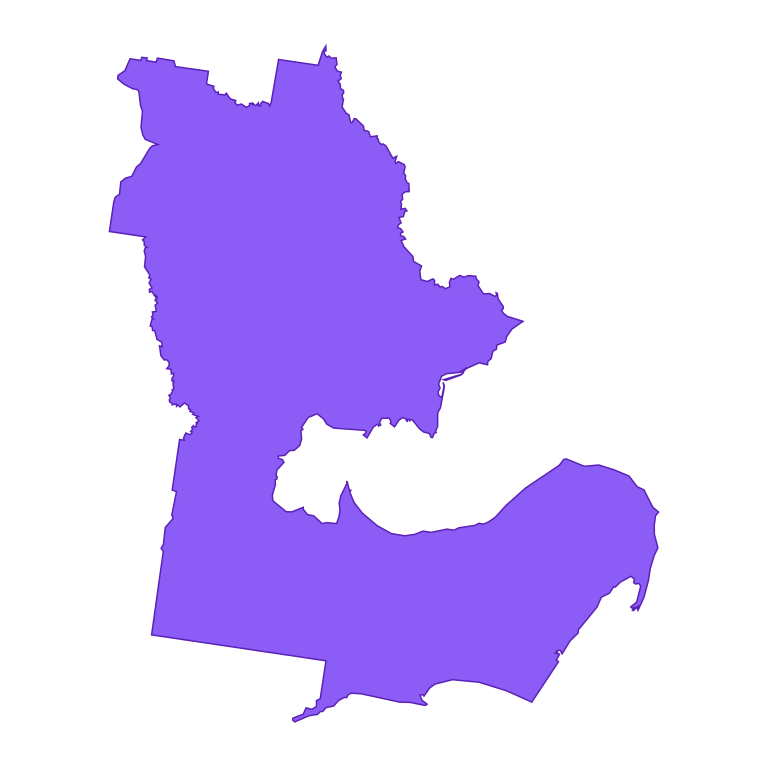 Greater Geelong, Victoria, Australia (orthographic projection)
{"feature_id": "25037944B24812283687541", "entity_name": "Greater Geelong", "entity_type": "district", "adm_level": 2, "iso_a3": "AUS", "parent_name": "Australia", "parent_adm1": "Victoria", "projection": "orthographic", "projection_center": [144.481, -38.052], "detail": "fine", "context": "isolated", "style": "filled", "palette": "violet", "viewbox_px": 768, "rotation_deg": 0, "n_neighbors": 0, "source": "geoboundaries", "source_scale": "gbopen_adm2", "svg_char_len": 6081}
<svg xmlns="http://www.w3.org/2000/svg" viewBox="0 0 768 768"><path d="M176.5,491.6L171.8,514.9L173.1,518.4L165.3,527.5L163.4,544.4L161.1,548.4L163.3,551.3L151.6,634.9L326.0,660.8L320.2,698.7L316.5,700.6L316.4,706.5L312.0,709.3L306.1,707.9L303.2,714.2L292.8,718.2L292.8,720.1L294.7,721.9L309.1,715.7L317.5,714.4L320.1,711.7L322.9,711.4L325.9,707.7L333.7,706.0L338.4,700.6L344.5,697.3L346.6,697.7L348.4,694.4L351.6,693.2L361.3,693.8L399.5,702.1L410.0,702.4L425.3,705.5L427.1,704.2L422.1,700.4L419.9,695.0L422.9,694.7L424.0,696.1L429.5,688.1L434.9,684.1L452.4,679.7L479.0,682.2L506.5,690.8L531.8,702.1L558.5,661.7L556.4,660.0L559.6,654.2L555.6,653.1L557.4,652.4L556.4,651.0L560.1,650.2L562.2,653.8L569.9,641.1L578.1,633.0L578.4,629.8L596.9,607.2L601.4,597.2L609.4,593.2L613.6,586.8L615.2,587.1L620.5,582.0L630.9,576.3L634.4,579.0L633.7,582.6L635.4,584.0L638.9,583.4L640.7,586.1L636.7,602.1L630.7,606.9L632.2,608.3L635.4,607.1L632.5,610.3L633.4,610.6L639.0,605.3L637.3,608.3L638.0,610.3L643.8,597.7L648.3,581.0L650.3,568.4L654.1,555.7L657.9,547.9L654.4,534.4L654.2,525.8L655.5,515.8L658.6,512.1L652.7,507.1L644.0,489.9L637.1,486.7L629.1,476.1L614.2,469.9L598.9,465.0L584.3,466.3L566.4,459.0L563.8,459.3L559.3,465.3L525.6,488.0L506.0,505.5L495.0,517.5L488.3,522.0L483.5,524.2L478.9,523.3L475.0,525.4L458.8,527.8L454.0,530.2L447.0,529.1L431.1,532.4L423.2,531.1L414.6,534.4L404.9,535.8L391.4,533.6L377.2,525.7L362.5,513.3L354.0,502.4L349.8,492.1L350.8,490.3L349.3,490.2L347.4,482.3L346.5,481.0L347.0,483.2L340.8,495.9L339.1,503.4L340.0,509.3L339.1,516.3L336.6,523.6L326.2,522.6L322.2,523.7L313.7,515.8L307.5,514.6L303.3,509.3L303.3,507.3L291.8,511.9L286.1,511.7L272.9,500.8L272.3,495.4L275.4,484.6L275.2,479.8L276.9,478.9L277.2,476.7L276.0,475.8L276.8,470.2L283.9,462.4L282.5,459.7L278.0,458.0L278.7,455.9L284.8,455.4L289.6,450.6L294.3,450.3L299.8,445.4L301.6,438.6L300.9,430.8L302.9,429.3L301.5,427.5L308.2,417.5L317.1,413.7L323.7,419.1L326.6,424.0L333.7,428.1L365.2,430.4L366.1,431.3L365.5,433.4L363.3,434.9L367.0,437.9L373.1,427.4L376.5,424.6L378.2,424.5L378.6,426.0L380.7,425.1L379.5,422.4L381.6,418.3L389.3,418.2L390.9,421.3L390.3,423.5L394.5,426.8L399.1,420.0L402.8,417.5L406.0,419.2L407.3,421.9L407.4,419.2L409.4,419.6L409.6,421.5L410.1,419.6L412.4,419.9L419.5,428.8L423.8,432.1L429.3,433.4L431.1,437.4L432.6,437.5L434.1,433.4L436.2,432.5L435.5,431.5L437.6,426.4L437.7,412.8L440.4,407.8L443.7,390.6L444.4,385.8L443.0,382.4L444.0,386.2L442.0,396.4L440.7,397.1L438.4,394.6L438.3,391.4L440.1,388.1L438.6,384.0L441.5,376.3L446.6,373.7L461.9,372.1L460.9,371.5L467.2,367.4L464.3,370.0L461.8,374.2L443.5,379.7L445.8,380.4L461.1,374.9L462.9,373.4L464.3,370.4L466.7,368.4L479.2,362.8L487.6,364.8L487.7,361.6L491.2,358.6L492.2,353.5L493.4,350.8L496.3,349.4L497.0,345.0L505.2,342.0L506.8,336.4L511.9,329.1L523.0,321.3L507.4,316.4L503.3,313.2L501.6,310.3L503.3,308.6L503.3,306.7L498.0,298.6L497.4,293.4L496.1,292.8L496.7,295.4L494.9,296.4L489.8,293.6L483.4,293.8L478.1,285.7L479.0,281.7L476.2,278.8L475.9,276.3L468.3,275.6L464.0,277.2L459.8,275.4L453.5,279.2L451.0,278.4L449.5,282.1L449.8,287.0L445.3,288.6L442.3,286.5L439.9,286.9L437.7,284.2L434.6,285.0L434.5,280.2L432.9,278.9L427.2,281.5L420.8,279.6L419.8,270.9L421.6,266.0L413.6,261.5L412.9,256.5L404.0,246.8L401.1,240.5L405.6,239.0L403.7,236.5L400.5,235.8L400.7,233.2L403.0,232.0L400.7,228.7L397.8,227.6L398.2,225.1L401.1,222.8L398.9,217.4L403.3,216.6L405.0,211.2L406.9,210.9L405.2,208.4L400.9,209.2L401.5,203.8L400.4,201.6L402.6,199.4L402.2,194.0L405.5,191.7L409.2,191.6L408.9,183.5L407.0,182.6L405.3,178.7L405.6,175.5L403.7,173.1L405.1,166.8L404.3,164.6L398.4,161.6L396.0,163.4L395.1,161.6L396.6,156.3L392.8,158.2L386.0,146.0L383.3,144.0L381.1,144.4L378.7,141.8L378.3,139.1L376.9,138.2L377.3,135.9L370.3,136.7L368.7,131.5L364.1,130.3L363.5,126.1L355.9,118.8L354.4,118.6L351.9,122.9L350.7,122.3L348.9,114.8L346.1,113.2L342.1,106.9L343.5,99.1L342.5,98.4L342.3,94.5L343.7,93.2L343.5,90.5L340.4,88.4L340.3,84.4L338.1,81.1L341.3,78.6L340.2,75.6L341.4,72.2L337.5,71.1L334.8,67.1L337.0,64.3L336.1,57.8L331.3,58.2L328.8,56.0L327.1,57.2L324.9,54.8L323.8,51.7L326.0,50.9L325.8,46.1L322.6,51.4L318.1,65.3L278.6,59.5L271.1,102.9L269.7,105.9L268.4,103.5L262.6,101.4L260.1,104.5L260.6,106.0L258.3,105.5L258.4,102.9L255.9,105.4L252.5,104.4L253.4,103.8L252.5,103.0L249.5,103.6L249.5,105.7L246.4,107.3L241.3,104.0L237.0,105.2L235.0,102.5L235.8,100.5L230.3,98.9L226.3,93.2L224.9,94.9L218.2,94.2L218.2,92.0L215.8,92.4L213.2,88.1L213.9,86.3L206.5,84.0L208.4,71.3L175.5,66.6L173.9,60.8L157.4,58.1L156.2,62.1L146.7,60.6L147.1,57.9L141.8,57.4L140.8,60.4L130.1,58.8L124.8,70.8L118.1,75.3L117.6,78.9L124.0,84.2L132.8,88.8L137.1,89.4L138.9,91.7L140.5,105.5L142.5,111.3L141.0,127.3L142.8,134.9L145.2,139.4L157.9,144.5L152.3,145.9L149.8,148.2L140.6,163.5L136.4,167.1L131.8,176.3L125.3,178.2L120.8,181.9L119.5,194.2L115.2,197.2L113.8,201.8L109.4,231.5L145.8,236.9L142.5,239.9L144.2,241.6L144.3,245.3L147.1,247.2L145.3,247.7L144.2,251.1L145.6,256.3L144.5,266.8L149.8,274.9L148.8,277.9L151.0,279.2L149.1,283.0L152.0,287.9L149.4,289.3L149.5,292.1L152.1,291.6L154.6,295.8L155.7,295.1L155.7,297.5L157.1,296.7L156.6,299.1L155.0,300.1L157.6,302.9L155.1,305.2L156.4,311.3L152.4,311.9L153.1,315.0L151.5,316.9L153.5,319.0L152.0,319.1L150.2,326.1L152.1,326.7L152.6,330.4L154.8,330.9L157.0,339.4L161.8,342.3L162.2,346.7L159.5,345.8L160.9,355.7L164.3,360.1L166.3,359.5L169.0,362.1L169.2,365.5L166.8,368.7L170.9,369.2L171.4,374.0L173.6,373.4L173.6,376.0L171.9,378.6L172.1,381.1L173.6,380.7L174.1,382.2L173.0,383.2L173.8,388.9L172.1,389.9L172.6,391.2L170.7,394.5L168.9,395.2L170.5,397.9L169.2,399.9L169.7,401.9L172.5,403.7L172.2,404.8L176.2,403.9L176.5,406.3L177.7,405.0L180.0,406.9L184.5,403.0L188.5,405.8L188.5,408.7L190.6,409.7L189.8,411.2L194.0,413.1L192.8,414.4L198.3,416.4L196.0,417.5L199.0,420.9L196.2,422.7L197.3,423.5L196.1,424.3L196.5,426.4L194.6,427.1L193.5,425.6L191.7,427.4L192.6,429.1L190.7,431.5L192.1,432.0L191.5,433.6L189.8,434.6L185.8,433.0L183.5,438.1L184.3,440.2L179.6,439.5L172.2,490.1L176.5,491.6Z" fill="#8b5cf6" stroke="#5b21b6" stroke-width="1.5"/></svg>